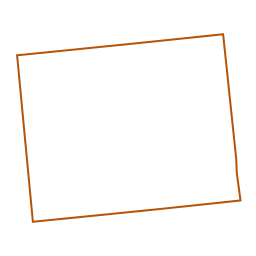 outline of Mitchell, Kansas, United States of America, rotated 354°
{"feature_id": "52423323B46685429540919", "entity_name": "Mitchell", "entity_type": "district", "adm_level": 2, "iso_a3": "USA", "parent_name": "United States of America", "parent_adm1": "Kansas", "projection": "albers", "projection_center": [-98.087, 39.393], "detail": "fine", "context": "isolated", "style": "outline", "palette": "amber", "viewbox_px": 256, "rotation_deg": 354, "n_neighbors": 0, "source": "geoboundaries", "source_scale": "gbopen_adm2", "svg_char_len": 280}
<svg xmlns="http://www.w3.org/2000/svg" viewBox="0 0 256 256"><g transform="rotate(354 128 128)"><path d="M232.3,211.8L231.5,184.0L232.4,169.9L232.4,44.7L231.2,44.7L147.7,44.6L25.3,44.1L23.6,211.3L148.7,211.9L232.3,211.8Z" fill="none" stroke="#b45309" stroke-width="2"/></g></svg>